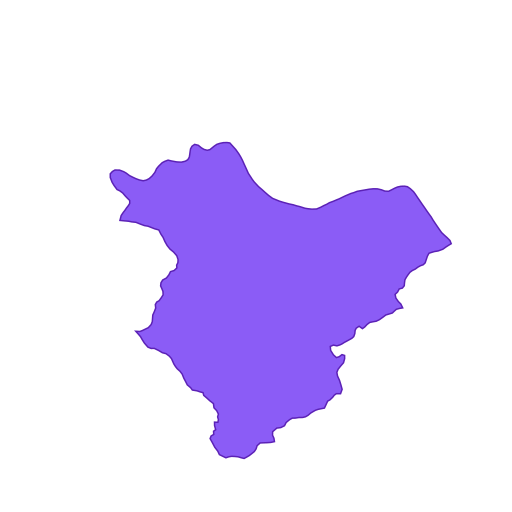 the district of Campos Gerais, Minas Gerais, Brazil, rotated 138°
{"feature_id": "56859067B26263873821946", "entity_name": "Campos Gerais", "entity_type": "district", "adm_level": 2, "iso_a3": "BRA", "parent_name": "Brazil", "parent_adm1": "Minas Gerais", "projection": "robinson", "projection_center": [-45.751, -21.29], "detail": "fine", "context": "isolated", "style": "filled", "palette": "violet", "viewbox_px": 512, "rotation_deg": 138, "n_neighbors": 0, "source": "geoboundaries", "source_scale": "gbopen_adm2", "svg_char_len": 4279}
<svg xmlns="http://www.w3.org/2000/svg" viewBox="0 0 512 512"><g transform="rotate(138 256 256)"><path d="M199.8,357.5L201.6,359.7L204.3,362.0L207.3,363.8L210.4,365.2L213.5,365.6L219.1,365.9L221.5,367.2L223.3,370.0L224.2,372.9L224.8,376.9L226.9,380.0L230.1,380.4L233.0,379.4L235.2,377.6L237.3,375.8L239.4,374.1L242.2,373.2L245.0,373.7L248.7,375.7L251.9,378.9L255.3,383.3L257.2,386.1L260.5,387.4L263.3,388.1L268.3,387.9L271.5,387.4L275.2,385.8L279.7,385.0L283.6,385.0L286.7,385.8L289.5,387.4L291.7,390.4L293.5,393.8L294.7,396.6L296.2,400.4L297.0,404.5L297.9,407.2L299.9,411.1L303.3,414.3L306.2,414.9L309.3,414.6L311.8,411.8L313.6,407.1L314.3,403.4L314.8,398.4L313.6,395.5L312.9,392.0L313.0,387.9L312.9,385.0L312.7,381.8L314.6,379.6L317.0,378.9L320.3,378.3L323.1,377.6L325.5,377.2L329.1,376.3L333.3,373.5L330.3,370.2L327.5,367.2L325.5,364.5L322.7,361.4L320.7,357.3L318.6,353.3L316.3,350.4L314.7,347.2L313.1,344.0L310.8,340.4L312.0,336.0L312.6,332.0L314.0,327.8L315.0,323.3L315.3,318.7L314.6,314.1L314.7,309.2L316.3,305.5L318.5,303.3L321.1,302.3L322.8,300.1L326.6,300.0L330.0,301.6L333.3,300.3L337.3,299.6L341.4,300.6L344.5,299.7L346.9,297.6L347.8,294.8L348.8,292.0L351.0,289.3L354.6,288.3L358.0,287.6L360.5,288.2L363.3,287.3L365.4,284.4L369.4,282.4L372.2,281.2L374.7,278.8L377.0,276.6L379.8,275.2L384.0,274.8L387.8,275.9L390.5,276.7L392.8,277.6L395.7,280.5L395.7,276.5L395.8,273.3L396.5,270.1L397.2,266.0L397.3,260.6L395.8,257.5L393.4,255.4L391.6,251.0L390.3,246.8L388.2,243.6L387.4,239.5L387.5,236.2L388.4,233.5L389.3,230.7L389.8,227.8L390.0,224.9L389.6,221.2L389.9,217.6L391.4,213.5L392.3,209.9L393.3,206.2L392.7,201.9L393.0,199.0L390.0,195.2L388.4,192.3L386.8,189.9L388.1,187.4L387.6,183.6L387.2,179.3L386.4,174.8L388.8,171.3L388.7,167.4L389.7,163.7L392.2,162.1L393.4,159.6L395.6,157.9L398.0,160.3L400.2,157.8L402.2,153.9L404.8,154.2L406.8,151.7L409.8,152.3L412.3,151.0L413.4,146.2L414.6,141.5L415.0,136.5L416.1,132.9L414.7,129.4L413.4,126.2L410.6,125.0L408.1,123.4L405.9,121.2L403.7,118.8L402.0,116.0L400.3,113.5L397.4,112.8L394.5,112.2L391.8,112.0L388.1,111.8L385.0,112.6L382.1,114.3L378.0,114.3L375.0,111.8L372.6,109.8L369.8,107.6L366.5,105.7L364.6,108.6L363.6,111.8L361.2,114.3L355.7,114.2L352.4,111.9L348.4,110.8L345.0,112.1L340.5,111.9L337.5,111.2L335.3,109.3L332.1,107.2L329.4,104.8L326.8,103.4L324.0,102.8L320.5,102.7L317.9,102.2L315.1,101.6L312.5,100.5L310.1,99.1L306.9,97.2L303.1,98.8L299.9,100.2L297.3,99.6L293.6,99.7L291.0,100.2L288.4,99.9L285.3,97.1L281.2,99.3L279.2,103.3L277.2,107.6L275.7,112.3L273.8,115.4L270.8,116.9L266.6,117.6L262.4,118.1L258.8,120.4L256.7,122.8L258.1,125.2L261.6,125.5L264.2,126.7L264.6,130.7L263.7,135.9L261.3,139.1L258.1,138.0L256.0,135.1L253.2,133.8L250.8,133.1L248.3,132.7L245.5,132.0L242.5,131.3L239.9,130.7L237.3,130.7L234.5,132.2L232.1,134.4L229.8,135.3L226.4,134.8L225.5,130.8L222.7,130.5L219.3,130.8L215.9,130.5L213.0,128.8L210.3,127.1L206.9,126.1L202.7,125.6L199.0,125.3L195.8,123.8L192.8,122.4L190.3,122.5L187.4,122.5L184.6,121.1L181.7,119.3L180.5,123.4L180.7,126.8L180.2,131.1L178.3,134.4L174.9,134.5L171.6,135.7L168.7,134.2L165.7,134.7L163.7,136.6L161.2,138.7L158.1,139.7L155.6,140.3L152.6,140.9L149.5,140.6L146.4,139.7L143.2,139.4L140.2,138.7L137.6,137.6L134.9,137.7L131.9,139.4L128.7,141.2L125.6,142.3L122.7,141.0L120.4,139.9L117.3,137.9L112.6,136.0L108.8,135.6L105.7,135.1L102.7,134.5L101.5,137.7L101.7,141.6L102.1,145.4L102.4,149.3L101.8,154.3L101.0,160.2L100.3,164.9L99.7,167.7L99.4,170.7L98.9,175.1L98.3,179.6L97.9,183.0L97.3,187.4L96.8,191.3L96.2,195.3L95.9,198.4L96.3,202.8L97.1,206.2L98.9,208.5L101.6,210.8L104.7,212.6L107.6,213.6L111.1,214.5L114.2,215.4L116.8,218.0L118.5,221.3L120.8,224.6L123.8,227.4L127.2,229.9L131.2,232.4L134.5,234.5L137.6,236.4L140.8,237.6L143.7,239.0L146.4,239.9L149.3,240.9L152.7,241.9L155.9,242.8L158.3,243.7L162.1,245.0L165.8,246.5L168.8,247.1L171.9,248.1L175.2,248.9L179.5,250.4L183.1,253.4L185.7,256.3L187.7,258.8L189.1,261.2L190.6,263.7L192.2,266.0L194.1,269.2L196.6,272.6L198.2,275.1L200.0,277.9L201.9,281.1L203.5,284.4L205.1,287.7L206.1,292.5L206.7,297.3L207.1,301.3L207.7,305.9L207.8,312.2L207.5,315.4L207.0,318.5L206.4,322.5L204.7,327.8L203.3,332.3L202.0,336.3L201.1,339.8L200.4,343.4L199.8,348.6L199.8,353.9L199.8,357.5Z" fill="#8b5cf6" stroke="#5b21b6" stroke-width="1.5"/></g></svg>